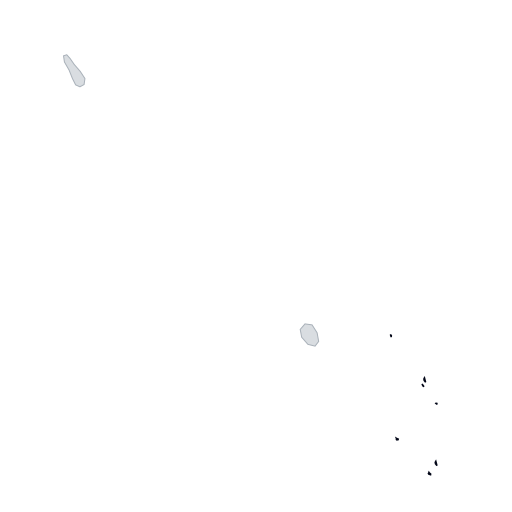 Meemu highlighted on a map of Maldives, rotated 314°
{"feature_id": "MDV-5236", "entity_name": "Meemu", "entity_type": "Atoll", "adm_level": 1, "iso_a3": "MDV", "parent_name": "Maldives", "parent_adm1": "", "projection": "equal_earth", "projection_center": [73.465, 2.939], "detail": "fine", "context": "in_parent", "style": "filled", "palette": "ink", "viewbox_px": 512, "rotation_deg": 314, "n_neighbors": 0, "source": "natural_earth", "source_scale": "10m", "svg_char_len": 1042}
<svg xmlns="http://www.w3.org/2000/svg" viewBox="0 0 512 512"><g transform="rotate(314 256 256)"><path d="M264.8,9.7L259.9,13.2L255.4,11.8L253.8,7.4L256.1,0.8L259.9,-7.6L262.5,-16.6L266.3,-21.5L269.3,-19.9L268.9,-14.8L267.5,-7.8L266.7,1.3L264.8,9.7ZM238.1,360.4L232.2,361.1L228.5,354.7L229.3,345.3L233.9,338.8L241.2,338.4L245.4,344.2L243.2,353.3L238.1,360.4Z" fill="#d9dde1" stroke="#a8b0b8" stroke-width="1"/><path d="M285.4,461.8L283.0,465.7L283.3,463.4L284.1,462.3L284.9,461.9L285.4,461.8ZM233.3,527.9L230.9,531.8L231.2,529.5L231.9,528.4L232.8,528.0L233.3,527.9ZM220.5,530.7L220.3,531.6L220.5,532.4L220.5,533.1L219.9,533.5L219.1,531.8L219.3,531.1L219.9,531.0L220.5,530.7ZM222.4,483.5L222.6,484.3L222.9,485.0L223.1,485.5L222.5,485.8L221.5,485.0L221.5,484.5L222.1,484.1L222.4,483.5ZM292.9,407.2L292.8,408.6L291.6,409.6L292.9,407.2ZM279.3,464.3L278.7,467.6L278.5,466.7L278.6,466.0L279.3,464.3ZM274.9,487.7L275.0,487.7L275.4,488.2L275.6,488.4L275.1,489.4L275.1,489.2L274.9,487.7Z" fill="#0f172a" stroke="#020617" stroke-width="1.5"/></g></svg>